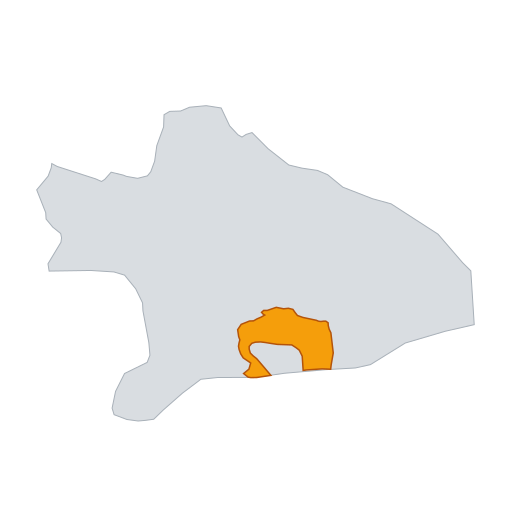 location of Bujumbura Rural within Burundi, rotated 265°
{"feature_id": "BDI-4854", "entity_name": "Bujumbura Rural", "entity_type": "Province", "adm_level": 1, "iso_a3": "BDI", "parent_name": "Burundi", "parent_adm1": "", "projection": "natural_earth1", "projection_center": [29.411, -3.493], "detail": "fine", "context": "in_parent", "style": "filled", "palette": "amber", "viewbox_px": 512, "rotation_deg": 265, "n_neighbors": 0, "source": "natural_earth", "source_scale": "10m", "svg_char_len": 1933}
<svg xmlns="http://www.w3.org/2000/svg" viewBox="0 0 512 512"><g transform="rotate(265 256 256)"><path d="M365.9,60.6L362.5,65.8L346.8,103.0L343.7,108.6L345.5,112.0L352.1,119.0L348.2,130.7L346.6,133.9L343.7,144.8L345.3,154.8L349.1,158.5L359.3,163.3L374.6,166.8L392.6,175.2L404.8,176.7L407.6,182.7L407.0,193.5L410.0,202.8L410.1,219.5L406.5,234.2L387.9,241.1L378.3,248.6L375.7,252.4L378.0,256.8L379.3,262.8L361.8,277.4L343.8,296.6L339.5,309.5L335.9,324.7L330.7,334.5L317.0,348.5L303.0,376.8L296.2,395.1L261.9,439.2L231.4,461.2L222.5,468.7L168.6,467.4L164.5,437.7L156.3,397.1L137.8,360.5L135.8,345.2L136.7,315.6L136.7,274.1L135.5,251.8L135.9,235.5L138.3,207.2L138.0,190.3L125.8,170.8L110.6,150.1L102.3,139.9L101.9,131.7L101.9,124.2L104.4,113.1L110.3,100.8L117.0,99.4L133.4,104.3L150.4,114.8L159.5,138.3L166.4,141.7L179.0,141.7L211.2,138.6L219.2,138.9L233.8,133.3L248.4,123.4L252.5,113.1L256.0,90.1L259.0,48.6L266.4,48.1L286.7,62.9L291.1,63.9L295.4,63.4L302.4,56.1L311.1,50.1L317.5,50.3L341.0,43.3L353.7,55.9L361.7,59.7L365.9,60.6Z" fill="#d9dde1" stroke="#a8b0b8" stroke-width="1"/><path d="M135.8,260.4L134.9,246.1L135.3,240.3L136.0,237.6L140.0,233.4L143.9,239.1L149.9,241.4L155.6,234.4L159.9,232.2L164.4,231.0L167.7,230.7L170.8,231.5L173.9,232.6L177.2,231.7L184.2,231.3L189.2,235.3L191.8,243.9L191.6,247.9L193.3,251.6L194.7,255.9L196.4,259.5L197.5,258.0L199.4,256.6L201.1,258.9L200.8,262.5L203.1,271.7L201.0,278.9L201.1,283.7L199.6,288.1L196.3,290.0L193.1,292.1L190.7,297.4L186.7,310.5L185.6,312.6L185.1,314.9L185.2,317.4L185.0,319.9L183.2,322.0L180.5,321.9L176.7,322.5L173.0,323.9L152.7,324.5L141.0,321.4L136.7,320.5L137.8,312.1L138.1,296.5L137.9,293.0L152.2,293.3L158.4,290.9L161.1,288.0L164.3,283.9L165.1,277.5L166.1,269.5L167.6,263.3L169.0,257.8L170.0,253.1L170.2,247.8L169.4,244.2L166.5,241.3L163.8,241.1L159.8,241.9L156.7,244.5L153.7,247.7L145.3,253.7L135.8,260.4Z" fill="#f59e0b" stroke="#b45309" stroke-width="1.5"/></g></svg>